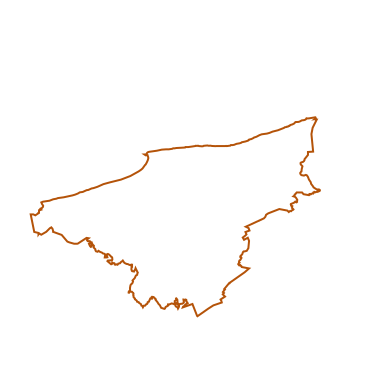 eThekwini, KwaZulu-Natal, South Africa (Albers equal-area conic projection), rotated 225°
{"feature_id": "47623444B60178842862169", "entity_name": "eThekwini", "entity_type": "district", "adm_level": 2, "iso_a3": "ZAF", "parent_name": "South Africa", "parent_adm1": "KwaZulu-Natal", "projection": "albers", "projection_center": [30.82, -29.885], "detail": "fine", "context": "isolated", "style": "outline", "palette": "amber", "viewbox_px": 384, "rotation_deg": 225, "n_neighbors": 0, "source": "geoboundaries", "source_scale": "gbopen_adm2", "svg_char_len": 5942}
<svg xmlns="http://www.w3.org/2000/svg" viewBox="0 0 384 384"><g transform="rotate(225 192 192)"><path d="M291.2,78.1L289.4,77.4L287.6,77.1L286.9,76.2L286.8,74.5L287.4,73.0L287.3,72.5L286.2,72.7L286.9,71.2L287.2,70.9L285.5,69.1L285.7,68.8L285.5,68.7L286.3,64.7L288.3,64.0L290.2,62.1L275.3,52.2L271.6,54.5L270.6,53.5L270.8,54.6L268.4,55.2L266.9,60.8L266.9,66.0L266.7,66.3L266.5,67.5L264.8,67.4L262.5,66.2L262.1,65.6L253.8,69.5L245.1,68.8L243.2,69.6L238.7,72.1L236.3,74.6L234.1,85.0L232.4,86.2L232.6,84.6L232.2,83.7L231.0,83.5L229.7,84.8L229.0,85.1L228.1,85.0L227.8,84.7L227.8,83.9L228.4,83.0L228.4,82.6L226.0,81.7L224.8,81.6L224.5,82.2L225.0,83.4L226.7,84.4L226.8,85.2L225.3,84.6L223.3,84.6L222.3,83.2L219.9,83.2L218.9,82.4L217.9,82.2L216.5,83.0L216.5,84.3L214.8,84.6L212.7,85.5L211.4,85.6L210.6,86.2L209.7,86.5L208.9,86.1L207.4,84.0L206.3,85.1L205.7,86.0L207.9,87.2L208.1,87.8L207.7,88.7L206.5,89.1L204.4,89.2L203.8,89.0L202.6,89.3L202.1,89.2L200.6,88.0L200.3,87.2L202.8,84.3L203.1,83.9L202.9,83.3L198.1,83.7L197.7,84.3L198.5,85.7L197.3,86.0L196.6,86.7L196.2,86.7L195.4,86.1L194.9,86.2L194.2,87.5L193.3,87.8L193.2,88.3L193.5,89.2L192.5,90.8L192.7,91.8L192.6,93.2L192.3,93.6L192.4,94.6L189.9,94.1L188.6,94.4L187.2,95.0L186.5,95.6L184.7,96.2L183.9,96.8L183.6,97.7L183.3,98.0L183.1,98.0L182.8,97.0L182.2,96.6L182.2,97.4L181.3,96.5L181.4,95.9L180.2,94.5L178.7,93.7L178.1,93.8L177.6,94.4L176.8,94.7L177.6,97.5L178.0,98.2L173.3,96.6L173.3,96.2L172.2,94.6L172.6,93.2L171.6,90.6L171.5,87.4L170.4,87.0L169.6,85.1L169.8,84.1L169.6,82.6L168.0,80.3L166.4,78.8L166.3,76.9L165.2,75.4L165.4,76.7L165.1,78.1L163.9,79.0L163.2,78.8L162.3,79.1L161.5,78.8L160.8,77.6L160.3,77.6L159.1,76.4L157.1,76.3L157.0,76.0L156.4,75.8L154.6,76.1L153.7,75.9L153.3,75.6L151.8,76.4L151.4,76.1L148.7,76.6L147.5,75.9L146.6,76.3L145.2,75.8L145.7,77.5L144.8,78.5L145.0,80.4L144.6,81.1L144.8,82.0L145.4,82.6L145.3,83.4L144.9,83.9L146.2,87.1L145.8,87.6L144.9,88.2L145.1,88.6L146.2,88.9L146.2,89.6L144.8,90.6L143.9,90.4L142.5,90.7L142.1,90.6L142.2,90.3L141.6,90.0L138.5,89.7L136.6,89.2L134.6,89.2L132.0,88.3L128.9,89.8L128.7,90.5L129.3,91.9L129.1,93.2L128.7,93.8L128.6,95.1L128.8,95.4L129.3,95.3L129.5,95.6L128.6,96.4L127.6,98.8L126.2,99.7L124.1,100.4L122.8,99.7L122.2,99.7L120.8,100.3L119.5,99.7L120.1,101.7L120.7,102.4L124.7,102.2L125.4,101.3L126.1,101.7L127.1,102.7L126.8,104.6L128.0,105.4L127.9,105.7L127.5,105.7L126.1,105.4L123.7,103.3L122.7,103.3L121.4,103.8L121.0,104.8L119.8,106.3L119.6,107.5L119.7,108.2L122.0,109.9L121.7,110.2L121.1,110.0L120.4,110.3L120.4,111.5L119.8,111.7L118.4,110.6L117.2,110.6L116.4,110.3L116.9,108.9L117.1,107.3L116.9,106.1L117.2,104.6L116.9,103.9L112.5,113.1L100.8,108.0L100.3,108.0L98.0,121.1L96.7,127.0L92.8,134.9L94.1,135.7L95.8,136.2L94.7,141.4L97.9,141.4L98.0,143.2L99.4,143.1L99.8,146.3L100.6,146.2L101.3,154.0L100.9,154.1L101.0,155.3L98.0,172.5L97.6,178.3L103.8,174.1L104.7,174.5L105.0,174.3L106.2,174.5L106.5,174.2L106.7,173.5L108.2,173.6L108.5,174.1L108.4,175.5L108.9,175.4L109.3,175.7L110.0,177.0L109.8,178.1L110.4,180.4L111.1,180.6L111.7,180.1L112.0,180.2L112.5,181.1L112.4,183.4L113.4,185.4L113.5,186.2L113.3,186.8L112.9,187.0L111.7,189.1L112.4,192.1L117.1,197.8L120.2,199.1L121.4,195.0L123.9,195.7L123.5,198.8L123.5,200.5L125.9,201.5L124.1,205.4L126.5,206.5L129.4,205.5L122.5,224.2L122.6,226.3L123.5,228.3L123.0,230.8L118.2,241.7L111.4,246.3L109.4,246.3L109.4,247.4L109.0,248.0L108.3,248.6L108.5,249.1L107.9,251.0L107.9,251.4L108.4,251.5L109.6,251.3L110.5,252.1L110.9,252.1L111.1,252.9L112.4,252.5L112.9,253.0L113.4,253.1L113.6,253.4L112.3,256.5L112.2,258.3L111.9,258.5L111.4,258.2L110.8,258.5L110.7,258.7L110.7,259.3L111.1,259.6L112.0,260.9L114.6,261.5L115.8,261.4L117.2,260.7L117.0,262.2L117.6,262.8L117.4,263.9L117.6,264.9L117.6,265.8L113.8,269.5L111.6,269.3L107.0,272.5L106.9,273.1L107.5,273.7L107.0,274.3L106.3,274.5L105.9,276.2L105.3,276.6L105.9,277.6L105.7,278.0L105.2,277.9L105.1,278.1L105.4,278.7L104.5,279.1L104.1,280.1L103.3,280.9L102.6,282.7L102.5,283.2L102.8,283.7L103.2,283.8L103.8,283.7L104.7,283.0L104.6,282.4L104.7,282.2L109.4,281.2L110.0,281.5L113.6,282.0L115.0,282.9L118.1,283.5L120.8,284.7L122.6,285.0L123.6,284.6L124.5,282.7L126.6,281.3L127.7,281.3L128.9,281.9L129.2,283.3L129.1,283.9L130.7,285.9L132.1,288.3L134.6,288.4L135.4,288.9L135.8,289.4L135.7,290.1L134.8,291.8L134.7,293.1L135.0,294.1L135.6,294.7L136.2,300.2L138.3,302.3L134.9,306.2L148.5,317.4L152.1,322.7L155.0,331.4L155.9,330.5L156.2,330.5L156.3,330.8L156.7,330.3L156.6,330.9L156.8,331.5L157.0,331.7L157.2,331.4L157.8,331.8L161.4,326.7L162.5,325.5L163.1,325.2L163.2,324.8L162.9,324.3L163.0,323.3L163.7,321.9L165.0,320.3L165.7,317.9L166.3,316.8L168.3,314.6L168.2,312.7L168.8,310.8L169.8,309.0L169.7,308.6L170.0,307.9L169.9,307.5L170.2,307.2L170.4,306.1L171.0,305.6L171.0,305.0L172.2,303.3L172.3,302.3L174.9,296.4L177.7,291.7L179.0,288.6L180.3,286.3L183.5,282.1L184.5,279.9L185.5,276.6L186.7,274.3L186.7,273.7L187.5,271.3L188.2,270.4L188.5,269.3L188.8,269.1L188.8,268.8L188.6,268.6L188.7,267.9L190.0,265.4L192.0,262.3L192.0,261.7L192.7,260.2L194.6,257.5L195.6,255.1L196.7,253.6L197.7,252.7L197.7,251.9L199.9,249.0L200.5,248.7L200.8,248.2L208.4,240.5L210.4,238.7L211.7,237.8L213.1,236.3L214.0,235.8L216.4,232.9L216.6,232.1L217.3,231.3L219.7,229.3L220.5,229.0L220.9,228.3L222.0,227.4L222.0,227.1L224.1,224.2L226.6,220.9L228.4,219.1L228.3,218.7L229.1,217.7L234.2,212.0L235.3,210.4L236.2,209.6L236.5,208.6L238.7,205.6L240.8,203.5L243.3,200.6L246.0,196.4L250.8,190.0L251.4,188.7L251.4,187.8L251.1,187.1L251.1,186.1L252.2,184.9L250.6,185.2L249.5,186.6L247.5,185.6L246.7,184.9L245.7,183.1L244.9,181.0L244.2,178.6L244.3,178.0L243.6,173.6L243.8,171.4L244.3,168.8L246.9,159.7L251.0,150.5L256.9,140.7L260.2,134.9L262.5,128.9L264.4,125.1L265.5,123.5L266.8,120.1L267.8,118.8L269.3,114.8L271.1,112.4L271.6,110.3L272.8,107.5L274.1,105.1L279.0,97.5L282.5,92.9L283.2,91.3L285.0,88.7L286.6,85.1L290.5,79.8L291.2,78.1Z" fill="none" stroke="#b45309" stroke-width="2"/></g></svg>